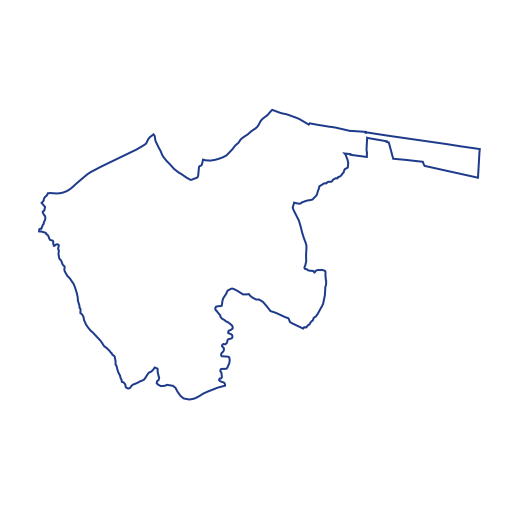 Totolac, Tlaxcala, Mexico, rotated 183°
{"feature_id": "50627088B53783238434926", "entity_name": "Totolac", "entity_type": "district", "adm_level": 2, "iso_a3": "MEX", "parent_name": "Mexico", "parent_adm1": "Tlaxcala", "projection": "albers", "projection_center": [-98.25, 19.338], "detail": "fine", "context": "isolated", "style": "outline", "palette": "blue", "viewbox_px": 512, "rotation_deg": 183, "n_neighbors": 0, "source": "geoboundaries", "source_scale": "gbopen_adm2", "svg_char_len": 6158}
<svg xmlns="http://www.w3.org/2000/svg" viewBox="0 0 512 512"><g transform="rotate(183 256 256)"><path d="M247.5,402.8L250.1,399.7L251.2,398.1L252.7,396.6L255.3,394.5L256.9,393.0L257.5,392.3L258.2,391.4L260.4,386.8L261.8,384.7L263.4,383.2L267.2,380.4L270.4,377.2L271.7,376.2L273.3,375.1L276.0,372.9L277.4,371.6L279.4,368.2L282.7,365.0L285.0,361.6L288.1,357.9L290.8,354.9L294.5,352.7L298.6,351.0L302.2,349.8L306.5,348.9L311.2,348.9L313.9,349.5L314.7,345.1L315.1,343.9L315.8,343.3L317.0,342.8L317.4,342.3L317.6,341.5L317.9,334.2L318.0,332.8L318.7,331.3L324.3,328.8L325.2,328.6L326.0,328.9L329.6,330.7L334.8,333.9L337.2,335.1L338.9,336.2L342.4,338.7L346.8,343.1L350.4,346.4L353.1,349.4L354.3,351.0L354.9,351.9L356.8,355.9L359.1,359.6L362.2,365.3L362.5,366.0L363.3,369.8L363.6,370.7L364.7,372.1L368.0,369.3L369.8,366.9L371.4,363.0L372.4,361.8L374.8,360.1L381.2,355.9L415.1,337.3L425.4,331.2L428.8,328.7L438.3,319.8L443.0,315.0L445.8,312.6L448.5,310.8L452.2,309.2L454.8,308.5L458.3,308.0L464.7,308.1L467.2,307.7L467.5,306.7L468.3,305.2L469.0,304.7L470.1,303.4L470.6,302.4L470.9,301.3L471.0,300.7L470.9,300.2L472.9,297.8L469.2,293.9L469.6,291.7L469.7,290.6L470.2,289.9L470.9,289.5L471.3,289.0L471.3,288.4L470.2,286.6L469.2,285.1L468.7,284.8L468.4,283.5L468.4,281.5L468.9,280.0L469.2,279.6L469.6,278.7L469.7,277.0L470.7,275.6L470.8,274.9L471.8,272.0L471.9,271.9L472.6,272.0L473.0,271.9L473.2,271.6L473.8,271.3L473.9,269.2L472.9,269.1L471.7,269.3L470.9,269.0L468.1,268.4L467.4,268.2L466.8,267.7L466.5,266.8L465.7,266.5L465.3,266.2L464.2,264.7L463.8,263.7L463.6,263.0L462.6,261.4L462.0,261.1L460.1,260.8L459.7,260.6L459.4,260.1L459.2,259.7L459.2,258.1L458.4,255.6L457.4,255.9L456.8,256.6L456.0,257.1L455.4,257.3L454.8,257.2L453.8,256.9L453.5,256.4L453.6,255.1L453.9,253.8L453.9,252.5L453.2,251.3L453.2,249.1L453.4,248.0L453.3,247.0L452.9,246.1L452.7,244.4L452.1,242.9L451.0,241.9L450.2,240.9L448.8,237.7L448.2,236.8L447.4,236.2L446.8,235.6L446.5,235.1L446.5,234.4L446.7,233.1L446.6,231.8L446.2,230.8L445.2,229.1L443.3,226.2L441.0,224.2L436.7,218.6L435.2,215.4L433.1,209.8L431.9,205.5L431.5,202.1L429.7,197.0L429.5,195.0L428.8,194.4L428.4,193.3L428.4,189.8L427.0,188.9L425.8,187.4L424.9,185.6L424.5,183.3L422.2,178.7L419.9,175.7L416.9,172.5L415.0,171.1L406.9,163.3L404.9,160.8L403.9,159.2L402.6,157.7L400.3,156.3L397.0,153.3L396.1,152.1L394.9,151.2L394.5,150.2L393.1,149.1L392.3,148.8L391.8,147.8L390.8,143.8L390.5,140.0L389.8,139.5L389.0,137.3L388.4,135.1L387.2,132.2L385.5,129.4L384.9,127.1L383.8,125.4L383.4,123.3L381.7,122.9L379.8,120.9L379.2,118.1L376.8,116.9L374.9,117.6L373.9,119.3L372.4,121.0L368.4,122.8L364.9,124.9L363.2,125.6L361.4,126.6L359.8,129.1L358.4,131.6L356.9,133.9L354.5,135.1L352.4,137.5L351.4,139.3L349.4,138.8L348.4,138.2L348.3,136.7L348.0,134.4L347.0,131.1L346.3,129.2L346.9,126.8L348.2,125.8L348.5,123.7L347.0,122.4L344.3,121.1L341.7,121.4L339.7,121.8L338.2,122.7L332.1,122.0L329.5,120.1L327.3,116.4L324.1,112.4L320.9,110.0L318.4,109.6L315.0,109.2L311.4,110.0L309.0,110.9L305.0,113.3L301.7,115.7L297.3,118.0L287.4,122.5L280.1,124.9L280.2,126.0L280.7,127.2L281.6,128.0L283.8,128.6L285.1,129.1L286.2,129.9L286.3,130.9L285.8,131.7L284.9,131.8L284.3,132.2L283.8,133.0L283.8,133.7L284.4,137.6L285.6,139.1L285.5,140.5L284.9,141.3L283.8,141.5L280.5,141.7L279.5,142.0L278.5,143.6L278.0,145.3L277.2,146.9L276.8,149.8L277.0,151.7L277.4,153.3L278.0,153.8L278.8,154.0L284.9,154.1L285.6,154.9L285.7,156.1L285.3,157.2L283.9,158.7L283.2,160.0L283.2,162.1L285.3,164.3L285.0,165.5L284.0,166.4L282.1,166.2L280.8,167.3L280.3,168.7L280.0,170.5L279.2,171.5L277.0,172.1L275.9,172.6L275.3,173.8L275.4,175.0L276.0,176.1L276.9,176.6L279.7,177.6L279.8,178.8L279.2,180.0L277.3,180.8L275.5,182.5L275.6,183.8L276.0,185.0L278.1,186.8L280.9,188.6L282.3,189.0L284.5,190.6L286.5,191.5L287.5,192.5L288.4,193.6L288.6,194.9L291.4,197.8L292.2,199.0L293.4,199.7L294.0,201.7L293.3,203.2L291.4,203.9L288.9,204.1L287.7,204.5L287.4,206.4L287.1,209.9L286.5,212.1L283.7,216.9L283.5,217.7L282.5,220.0L278.9,222.1L277.8,222.2L276.5,221.9L273.1,220.4L267.0,217.0L263.7,217.1L261.1,217.6L259.9,216.1L257.6,214.4L253.5,212.5L251.7,212.7L250.5,212.6L246.6,210.5L242.6,206.3L238.7,201.8L233.0,200.2L222.7,196.1L221.0,195.8L220.5,195.5L219.8,194.5L218.6,191.8L216.0,190.5L205.1,186.0L204.6,186.6L204.5,187.1L203.5,187.5L202.5,187.2L202.1,187.3L200.3,189.7L199.1,190.4L198.1,192.4L196.9,193.9L196.1,194.5L195.6,195.4L195.3,196.9L194.2,198.0L192.9,198.9L191.0,202.1L188.3,207.8L187.3,209.6L186.4,212.2L185.6,217.6L185.2,220.3L185.1,225.8L185.2,228.3L184.6,230.6L184.5,233.1L184.7,234.3L184.6,234.9L185.0,235.7L185.0,236.6L185.3,237.3L185.3,238.4L185.7,240.0L185.6,241.2L185.7,242.5L185.9,244.2L186.3,244.7L188.3,245.4L189.2,245.5L190.0,245.6L191.0,245.3L193.1,245.3L194.5,244.9L195.8,244.1L196.4,242.8L196.7,242.6L197.0,242.8L198.1,244.0L199.6,244.1L201.5,244.1L202.5,244.3L203.6,244.6L204.3,245.3L205.4,245.6L206.5,245.8L207.0,246.7L206.9,247.8L206.3,249.2L205.7,252.7L205.6,253.5L206.1,260.4L206.0,265.6L206.2,269.2L207.2,272.0L209.2,276.6L211.0,281.4L212.9,287.6L214.1,291.1L214.8,292.9L215.0,293.6L220.7,303.5L221.9,306.1L220.7,311.3L217.2,310.6L215.5,310.5L214.0,310.9L213.1,311.9L211.3,312.6L210.1,313.2L207.8,314.0L206.4,314.4L205.4,314.5L202.9,315.2L202.0,316.0L198.9,319.5L198.3,320.9L197.5,324.4L196.8,326.4L196.3,329.0L195.6,329.4L191.6,332.2L189.6,332.2L189.1,332.7L188.9,333.2L187.5,333.9L184.7,334.1L183.9,334.7L183.4,335.8L182.7,336.5L180.7,337.7L180.2,337.9L179.1,337.7L178.3,338.5L178.2,339.0L177.6,339.3L176.7,339.6L175.8,340.2L174.6,341.6L174.4,342.3L172.9,343.9L172.7,345.1L171.9,347.3L169.0,349.1L168.8,352.0L168.8,354.0L169.8,357.3L171.9,362.0L172.9,363.0L167.0,362.7L166.9,362.0L150.5,360.7L150.6,365.0L151.2,367.8L151.2,379.9L150.7,379.7L131.4,377.4L131.5,376.7L129.3,376.3L124.1,360.3L111.1,359.8L94.3,358.8L93.3,356.3L92.3,354.8L38.4,345.8L38.3,371.1L38.1,374.5L57.1,376.2L71.1,377.7L131.0,383.1L150.7,385.1L152.9,384.8L152.8,385.7L167.4,385.9L168.5,385.8L183.2,388.4L188.1,388.9L189.2,388.9L202.6,390.4L209.3,391.3L210.2,390.0L219.8,395.0L222.8,396.1L230.0,398.3L233.2,399.2L237.4,399.8L239.2,400.2L247.5,402.8Z" fill="none" stroke="#1e3a8a" stroke-width="2"/></g></svg>